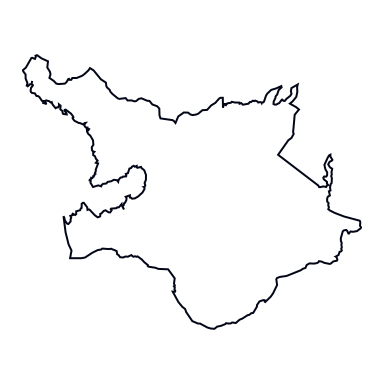 Toba Samosir, Sumatera Utara, Indonesia
{"feature_id": "22746128B48431928866564", "entity_name": "Toba Samosir", "entity_type": "district", "adm_level": 2, "iso_a3": "IDN", "parent_name": "Indonesia", "parent_adm1": "Sumatera Utara", "projection": "albers", "projection_center": [99.307, 2.386], "detail": "fine", "context": "isolated", "style": "outline", "palette": "ink", "viewbox_px": 384, "rotation_deg": 0, "n_neighbors": 0, "source": "geoboundaries", "source_scale": "gbopen_adm2", "svg_char_len": 5872}
<svg xmlns="http://www.w3.org/2000/svg" viewBox="0 0 384 384"><path d="M105.9,82.6L100.9,79.3L93.6,70.4L90.0,68.1L88.5,70.3L85.2,73.4L82.9,75.3L80.9,76.3L76.6,78.0L72.3,78.0L71.3,79.8L69.0,79.8L68.9,78.9L68.2,79.1L66.7,81.9L64.9,83.6L58.5,84.1L56.3,83.6L53.7,80.9L49.4,77.9L50.5,74.3L50.0,71.9L47.3,67.5L48.0,61.3L41.6,58.4L37.1,55.2L35.5,55.7L35.8,56.8L35.0,58.9L32.1,57.8L31.4,58.0L25.9,67.6L23.0,70.1L23.2,71.3L25.6,74.5L25.6,78.5L27.5,83.2L26.7,85.6L27.7,86.3L30.0,84.3L31.5,84.2L32.2,80.9L31.5,84.2L32.7,84.8L32.9,85.4L31.0,88.0L30.6,90.7L30.9,92.0L31.9,92.9L34.9,93.4L36.4,95.9L38.1,96.1L39.4,97.1L42.0,100.9L43.5,101.0L43.1,102.9L45.9,103.8L46.1,103.3L44.9,100.9L46.2,100.4L49.2,101.2L50.7,102.5L51.7,102.1L52.6,104.5L55.6,108.2L57.2,107.3L58.2,107.3L59.1,105.3L59.0,104.4L60.6,105.7L60.3,109.3L62.4,111.0L62.7,113.1L63.3,114.0L66.7,114.4L66.4,113.2L64.6,110.7L64.7,109.9L65.6,109.6L71.0,113.6L73.1,116.4L73.4,117.3L72.6,117.9L72.8,118.7L74.5,120.8L78.6,122.9L80.1,123.1L83.0,124.4L84.8,123.0L85.6,122.9L84.7,123.9L84.4,125.4L84.9,126.5L85.9,127.5L87.5,127.6L87.5,128.4L89.1,129.1L88.3,130.3L86.9,129.8L87.1,131.9L88.5,134.2L90.2,135.5L93.0,140.3L93.4,144.7L91.8,147.2L91.9,149.8L92.6,151.1L94.3,151.8L93.2,152.7L93.2,155.1L95.0,156.3L95.9,158.8L97.6,160.6L95.9,162.8L98.1,163.4L95.7,169.8L95.9,170.9L95.1,172.7L95.4,173.8L94.7,174.0L94.4,175.4L93.5,175.8L93.7,176.6L93.0,176.9L92.5,177.9L91.2,177.8L91.3,178.7L89.7,179.8L89.6,180.4L90.7,180.7L90.5,182.7L93.0,187.0L98.2,185.4L101.2,186.3L101.6,185.1L103.0,183.9L106.3,183.5L107.7,181.9L111.1,181.3L113.9,179.8L117.0,180.2L118.2,181.8L118.6,179.8L120.5,177.6L122.3,177.3L123.0,176.6L126.1,176.4L126.3,175.5L125.8,173.9L127.9,173.2L129.4,168.6L131.1,168.0L131.9,166.8L133.7,165.8L134.8,166.7L136.7,165.9L136.8,167.4L137.5,167.8L141.0,166.9L141.5,168.0L144.3,170.3L146.0,175.0L145.9,179.9L144.6,183.0L145.3,185.3L144.6,186.8L143.8,187.0L144.4,187.4L144.5,189.0L142.5,192.5L138.1,196.5L134.8,198.4L132.1,198.7L131.2,197.8L129.9,197.5L129.9,195.3L125.7,196.8L126.5,197.9L126.4,199.9L125.1,202.7L124.1,203.3L123.7,205.2L122.4,206.0L124.0,209.5L121.7,205.2L121.6,204.1L118.9,207.3L117.1,207.4L116.5,208.1L115.1,208.3L111.2,208.6L110.7,209.2L111.6,210.3L110.2,212.4L108.5,212.3L105.6,210.3L103.6,211.0L101.7,213.2L100.2,214.0L100.3,215.9L99.8,216.6L97.6,217.3L94.8,215.2L89.7,209.8L88.9,209.4L87.5,209.9L87.2,207.3L83.8,202.8L82.9,202.8L81.7,203.8L81.6,207.9L80.8,208.4L80.1,210.2L76.2,211.3L76.2,214.1L75.2,215.0L72.8,213.7L72.5,214.1L73.1,215.0L70.3,215.9L71.2,217.7L70.6,219.3L70.6,221.5L68.4,224.0L67.2,223.7L64.9,220.5L64.3,217.6L63.5,216.2L65.6,232.4L68.5,244.1L71.5,250.6L70.1,258.2L81.5,258.2L85.1,257.5L92.4,252.7L97.7,250.1L101.1,249.5L102.3,248.6L109.5,249.1L110.9,248.7L116.6,251.0L117.2,254.3L118.5,255.0L120.1,257.2L123.1,257.5L125.5,256.5L127.9,256.7L131.3,255.1L133.2,256.7L135.2,256.3L136.4,256.8L137.6,256.4L141.7,259.4L144.4,262.3L147.9,265.1L147.8,266.1L148.8,266.7L155.6,267.8L158.3,268.9L168.1,269.3L174.7,278.3L174.0,283.5L174.8,285.6L173.9,286.3L174.8,287.4L174.5,289.4L175.3,290.9L175.0,291.7L172.7,291.6L178.5,302.2L182.3,306.8L185.1,309.0L186.2,312.1L192.3,321.1L197.8,323.5L200.1,323.6L207.4,327.5L210.7,328.5L214.5,328.8L217.2,326.6L220.8,325.9L225.3,324.1L226.1,323.2L229.1,323.6L231.0,323.3L232.1,322.5L235.8,323.0L239.6,319.7L242.5,318.5L247.4,315.3L249.3,314.8L251.3,313.2L253.2,312.9L256.9,306.7L257.0,305.0L259.5,301.4L263.3,300.1L264.6,300.2L264.7,301.6L265.2,302.0L270.7,296.7L273.1,293.3L277.1,285.0L276.3,279.3L277.0,278.0L280.0,276.9L286.4,276.0L300.9,270.2L302.8,268.8L305.5,267.9L306.6,265.1L309.4,263.4L314.0,263.6L316.9,263.1L318.4,262.3L318.9,261.2L321.3,261.5L324.5,262.9L329.6,263.9L330.6,263.7L333.4,261.4L336.9,260.7L337.4,259.7L336.5,257.0L335.7,256.6L338.5,255.0L339.6,251.8L341.1,251.4L341.8,250.5L341.2,248.8L341.8,247.5L341.4,244.7L341.7,242.9L340.9,240.9L340.8,238.3L342.8,231.3L344.1,230.3L346.2,230.0L347.1,230.7L348.4,233.5L348.9,233.6L350.5,231.5L353.1,231.8L357.0,231.1L360.7,228.3L361.0,227.3L360.0,225.7L360.3,222.2L359.7,220.7L344.1,216.5L334.9,213.0L329.8,210.4L328.3,209.2L328.9,207.3L328.2,205.1L328.6,203.1L327.2,201.6L327.1,198.8L327.8,196.7L329.9,195.5L328.9,191.3L330.5,190.5L330.0,187.5L330.7,184.1L331.6,183.1L331.9,178.3L331.2,176.1L331.8,174.4L331.5,172.3L332.2,168.7L330.0,167.4L328.2,164.4L329.6,161.8L331.9,160.6L332.4,159.9L330.3,156.4L330.4,154.7L329.2,155.3L327.9,157.3L324.4,164.9L325.4,169.3L327.2,172.4L327.1,175.3L326.3,176.6L324.2,176.5L323.3,177.7L323.8,179.3L327.0,181.9L326.9,183.5L328.2,185.1L326.7,185.7L326.2,187.0L323.4,186.4L319.9,187.2L319.0,187.0L318.4,185.6L278.1,154.8L288.3,140.3L291.5,137.9L293.7,133.9L293.1,132.3L294.7,114.7L299.0,109.5L296.2,107.2L289.9,103.6L292.7,101.3L296.3,96.8L297.3,92.0L297.1,86.9L297.7,84.5L291.4,88.1L290.9,91.5L291.5,93.8L290.2,95.9L286.5,98.8L284.8,100.9L283.4,100.8L282.3,99.6L281.8,99.7L279.2,103.1L276.1,104.6L274.7,104.6L273.5,104.0L273.7,101.5L275.3,98.3L275.6,96.4L277.2,94.5L278.7,90.0L281.6,87.3L281.3,86.1L275.9,88.5L271.2,89.9L267.2,93.7L266.0,95.7L264.0,101.6L263.2,102.4L261.9,102.4L261.7,103.0L261.4,102.4L260.1,102.1L258.2,102.5L257.6,101.6L255.2,100.6L254.1,101.1L252.8,100.7L250.9,102.1L249.9,102.0L248.4,103.7L242.9,104.7L241.2,103.1L239.6,103.7L239.4,102.6L234.8,102.5L231.8,101.8L230.8,102.8L227.4,103.3L225.9,105.2L225.4,104.9L225.4,104.0L223.9,104.0L223.0,107.8L222.8,97.8L220.5,97.8L219.2,98.5L215.3,102.9L211.2,105.4L207.1,109.9L202.4,110.2L198.4,113.6L196.3,114.5L192.6,115.1L190.5,114.5L188.0,112.6L183.8,112.5L178.2,116.5L175.5,123.0L173.8,120.9L172.4,120.1L160.5,118.4L159.5,115.4L159.3,108.6L157.3,106.3L152.4,104.5L149.4,100.9L147.3,100.8L141.4,98.3L138.7,98.9L136.4,100.9L134.7,101.4L131.4,100.4L127.6,100.5L125.6,98.1L119.4,98.9L117.8,98.4L112.5,94.0L110.5,91.9L109.6,89.8L107.0,87.4L106.3,86.0L105.9,82.6Z" fill="none" stroke="#020617" stroke-width="2"/></svg>